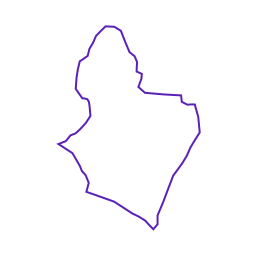 outline of Monte Plata, rotated 82°
{"feature_id": "DOM-1981", "entity_name": "Monte Plata", "entity_type": "Province", "adm_level": 1, "iso_a3": "DOM", "parent_name": "Dominican Republic", "parent_adm1": "", "projection": "robinson", "projection_center": [-69.861, 18.831], "detail": "fine", "context": "isolated", "style": "outline", "palette": "violet", "viewbox_px": 256, "rotation_deg": 82, "n_neighbors": 0, "source": "natural_earth", "source_scale": "10m", "svg_char_len": 902}
<svg xmlns="http://www.w3.org/2000/svg" viewBox="0 0 256 256"><g transform="rotate(82 128 128)"><path d="M24.2,136.0L25.9,127.4L30.8,121.5L43.1,118.6L53.2,115.9L57.8,111.5L64.1,109.8L69.1,110.9L73.3,111.6L76.3,106.8L81.0,107.8L88.8,112.0L95.5,106.3L99.6,88.5L103.1,70.9L109.6,71.1L113.2,65.9L113.5,61.6L114.0,58.6L126.7,56.9L142.4,57.6L149.1,63.3L156.0,68.9L163.5,73.5L170.5,79.2L181.5,89.9L195.1,97.4L207.0,103.9L218.7,110.9L227.4,112.1L231.8,117.0L227.2,120.4L222.3,123.7L217.4,129.4L213.1,135.8L199.0,152.0L185.4,178.1L176.9,174.5L168.8,176.5L164.3,179.6L159.1,180.9L145.2,186.5L134.2,199.1L132.3,191.3L127.3,186.0L126.0,180.6L122.7,175.8L117.2,169.1L110.8,163.5L105.3,163.2L99.7,163.0L96.7,163.1L93.9,164.2L92.8,166.6L92.2,169.1L82.0,174.3L70.8,171.9L62.9,169.5L55.3,166.5L51.0,157.9L44.3,155.2L38.5,150.6L32.3,146.8L28.2,141.5L24.2,136.0Z" fill="none" stroke="#5b21b6" stroke-width="2"/></g></svg>